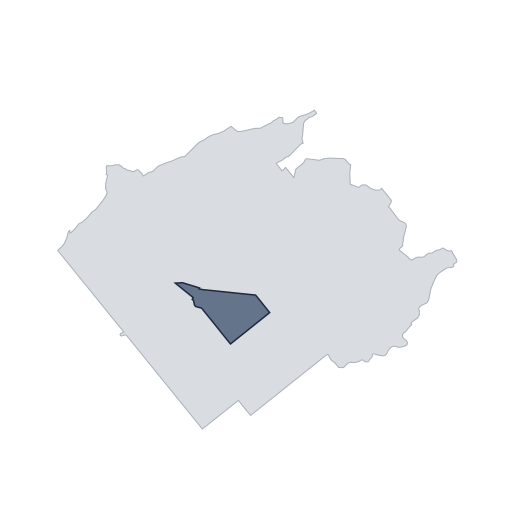 Al Golid, Northern, Sudan (highlighted), rotated 231°
{"feature_id": "16777658B20227076213030", "entity_name": "Al Golid", "entity_type": "district", "adm_level": 2, "iso_a3": "SDN", "parent_name": "Sudan", "parent_adm1": "Northern", "projection": "natural_earth1", "projection_center": [29.801, 17.722], "detail": "fine", "context": "in_parent", "style": "filled", "palette": "slate", "viewbox_px": 512, "rotation_deg": 231, "n_neighbors": 0, "source": "geoboundaries", "source_scale": "gbopen_adm2", "svg_char_len": 4342}
<svg xmlns="http://www.w3.org/2000/svg" viewBox="0 0 512 512"><g transform="rotate(231 256 256)"><path d="M332.7,393.1L329.0,393.1L328.7,392.1L328.7,389.3L329.1,387.3L330.4,384.0L330.1,382.2L330.3,379.6L329.3,376.6L320.5,368.2L318.7,365.8L314.0,363.7L314.8,361.3L312.8,344.0L313.8,342.0L314.0,339.0L314.0,336.3L315.1,331.9L315.2,330.0L305.9,329.8L305.7,331.8L306.2,333.9L306.2,334.7L293.1,334.8L298.4,341.6L298.6,344.6L298.3,348.3L298.4,350.7L298.7,352.2L300.1,355.3L300.0,355.8L299.7,356.6L290.4,365.6L288.9,369.8L287.7,372.0L285.0,375.7L276.5,385.4L275.1,386.0L268.7,386.4L268.1,386.6L267.5,387.1L267.3,387.0L261.7,381.3L252.5,374.4L246.3,378.0L244.6,379.3L244.6,382.6L243.7,384.3L242.0,386.1L237.5,387.3L235.1,388.3L232.3,390.1L229.5,393.2L229.3,394.8L229.6,396.2L214.0,396.2L212.9,395.0L210.7,389.9L209.1,390.2L194.8,389.6L192.7,390.2L188.6,392.3L186.6,392.6L184.5,391.7L177.0,381.6L175.4,380.4L173.7,378.0L172.1,376.9L171.5,376.2L171.4,375.1L171.4,372.9L170.9,371.5L169.7,371.2L159.6,373.5L158.2,373.2L156.0,373.7L155.3,374.1L154.5,375.4L154.3,378.2L154.0,379.5L153.3,381.1L150.4,384.5L149.7,386.0L149.8,389.7L149.6,391.6L149.2,392.5L147.9,394.0L147.5,394.8L147.0,399.6L145.4,402.5L145.0,403.6L144.9,405.7L144.6,406.3L140.1,408.0L138.4,409.0L137.3,410.7L137.0,411.4L135.1,410.8L132.6,410.4L127.8,409.8L125.9,409.1L125.0,407.9L125.3,405.0L124.9,404.4L124.1,403.9L123.6,402.6L123.7,401.1L126.2,397.7L126.8,395.9L127.5,387.4L127.3,384.9L125.3,380.1L120.8,371.9L119.7,370.3L114.0,363.6L113.3,362.6L112.0,359.7L113.5,353.5L113.6,351.8L113.2,350.0L111.8,348.6L110.5,348.5L108.8,346.8L107.7,346.1L106.8,344.6L106.1,342.5L106.6,335.2L106.3,334.2L104.9,333.9L104.5,333.4L104.6,332.0L103.8,327.8L103.0,324.3L103.5,322.4L102.3,319.8L99.9,318.7L95.4,319.6L93.9,319.4L93.0,318.9L92.3,318.0L91.9,316.8L92.3,315.1L93.6,312.0L95.2,309.4L98.5,307.1L99.4,305.9L99.9,304.5L100.0,302.9L99.8,301.2L99.5,299.7L98.5,297.7L97.6,295.3L97.6,293.7L98.1,292.5L99.0,291.1L102.3,288.4L105.6,286.2L106.2,285.4L106.0,284.4L104.5,282.6L104.0,279.0L103.2,276.5L104.9,274.6L106.1,273.9L108.1,273.3L108.9,272.5L109.1,271.0L109.1,269.6L109.8,268.5L110.7,266.2L111.5,265.1L114.1,262.4L114.7,260.7L114.8,259.0L114.2,253.9L115.7,251.8L117.6,250.0L120.3,250.2L124.5,249.8L127.3,249.0L129.4,249.1L134.0,250.0L134.5,249.6L134.8,248.2L135.5,151.4L154.7,151.4L154.9,151.2L155.3,105.4L275.7,105.4L276.7,105.2L278.6,101.0L279.4,100.6L280.6,100.9L281.0,101.9L280.1,105.4L385.2,105.4L385.4,110.6L386.3,114.8L389.4,120.8L392.0,124.0L392.9,125.8L393.0,126.6L392.9,127.4L392.1,126.5L390.8,125.9L390.7,128.7L391.4,134.5L392.5,138.5L391.7,142.2L391.9,148.5L393.4,156.1L393.1,160.9L395.5,172.2L397.7,178.4L398.9,180.0L400.2,180.8L402.7,181.3L406.5,184.5L409.5,187.9L410.6,189.6L412.1,191.5L413.0,191.2L413.6,190.7L414.6,192.2L419.4,195.6L420.1,197.2L418.4,198.7L416.5,201.3L415.6,203.8L415.1,204.5L413.5,206.1L413.3,206.8L412.6,207.3L411.9,207.3L410.3,208.1L408.8,207.9L407.4,208.3L406.8,208.9L405.7,209.4L404.1,209.7L401.7,211.8L399.6,212.8L398.8,213.6L397.8,217.7L397.0,218.8L393.8,218.9L392.3,219.3L390.1,218.8L389.1,218.9L388.9,219.8L388.5,223.3L388.6,224.8L386.8,228.9L387.4,236.4L385.8,242.0L385.5,243.3L383.8,247.8L383.0,249.5L380.8,257.8L380.0,260.4L378.1,263.1L380.2,283.2L378.7,289.4L378.8,292.7L377.7,297.7L376.8,300.0L375.4,302.7L374.3,305.8L373.3,309.9L372.6,317.6L372.3,318.3L366.7,319.3L364.9,319.8L363.7,320.7L362.3,322.6L359.4,328.1L357.9,331.4L355.6,335.9L352.9,339.2L352.3,340.7L351.8,343.6L350.8,348.3L349.9,351.5L350.1,354.2L349.3,358.8L349.4,361.0L348.4,362.2L347.1,363.4L346.3,363.7L342.3,360.6L339.6,362.7L337.9,365.7L336.5,368.7L337.3,375.0L337.3,376.4L336.9,377.9L334.3,384.2L333.5,387.0L332.7,391.9L332.7,393.1Z" fill="#d9dde1" stroke="#a8b0b8" stroke-width="1"/><path d="M277.7,184.6L281.5,182.1L281.7,181.8L282.0,181.4L284.2,178.3L285.5,176.5L285.7,176.2L263.2,181.0L262.9,180.4L262.8,179.9L262.7,179.8L262.7,179.7L262.5,179.4L262.4,179.1L260.5,179.4L258.6,178.3L256.5,177.3L254.8,177.3L252.3,179.0L249.9,180.8L248.9,180.9L246.1,180.9L243.0,180.9L237.1,180.9L228.1,180.9L216.8,180.8L204.5,180.8L203.8,180.8L203.7,180.8L203.4,231.0L218.2,231.1L225.8,231.1L226.0,231.0L240.7,216.2L246.4,210.5L258.8,198.1L262.1,194.7L264.6,192.4L265.9,191.3L266.0,191.6L266.5,191.4L266.7,192.0L269.0,190.5L277.7,184.6Z" fill="#64748b" stroke="#1e293b" stroke-width="1.5"/></g></svg>